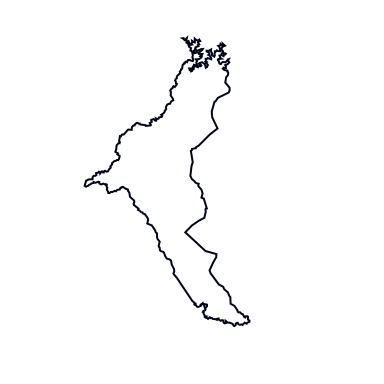 Jardim, Mato Grosso do Sul, Brazil, rotated 244°
{"feature_id": "56859067B9427285142105", "entity_name": "Jardim", "entity_type": "district", "adm_level": 2, "iso_a3": "BRA", "parent_name": "Brazil", "parent_adm1": "Mato Grosso do Sul", "projection": "albers", "projection_center": [-56.285, -21.608], "detail": "fine", "context": "isolated", "style": "outline", "palette": "ink", "viewbox_px": 384, "rotation_deg": 244, "n_neighbors": 0, "source": "geoboundaries", "source_scale": "gbopen_adm2", "svg_char_len": 6082}
<svg xmlns="http://www.w3.org/2000/svg" viewBox="0 0 384 384"><g transform="rotate(244 192 192)"><path d="M282.9,276.7L284.0,276.9L284.8,276.5L285.6,277.0L287.5,274.5L289.4,273.8L289.9,274.9L288.6,276.8L290.4,277.7L291.5,277.5L291.3,279.9L292.2,282.4L293.5,282.0L294.6,282.4L295.3,283.4L295.5,282.3L294.5,280.9L293.9,278.9L295.4,276.6L295.1,275.1L294.4,274.5L294.6,273.6L295.6,273.0L298.0,273.5L299.0,273.0L299.8,273.4L299.9,274.3L298.9,276.9L300.0,276.2L302.6,276.5L302.0,278.7L300.3,279.9L301.3,280.7L301.0,282.2L301.4,283.0L302.3,282.4L303.5,280.1L304.0,281.3L305.4,281.5L307.3,280.8L308.2,281.6L309.2,283.5L309.0,285.8L312.0,284.6L310.1,283.9L310.7,282.9L312.4,282.5L311.6,281.9L311.8,279.7L310.6,280.3L306.1,279.2L307.3,277.0L308.4,276.4L307.9,275.4L308.4,274.2L307.4,273.9L306.6,272.9L304.7,272.3L303.9,271.4L306.1,269.9L307.9,270.8L310.5,270.8L311.7,271.6L311.5,269.0L312.6,267.1L311.8,266.8L310.1,268.3L309.3,268.4L308.3,268.2L308.0,266.9L307.3,267.6L303.6,268.0L302.8,267.5L305.5,264.8L305.1,263.8L305.7,262.6L303.7,262.0L302.7,262.3L303.0,261.2L299.1,262.0L298.7,261.1L297.8,260.5L297.6,258.9L301.2,259.6L304.2,258.0L304.6,255.4L304.3,254.2L302.7,255.6L301.6,255.9L301.2,255.1L302.3,252.9L301.5,252.0L303.2,250.8L303.7,249.7L303.1,247.9L301.8,247.5L301.7,246.2L300.8,245.3L300.8,244.0L302.0,244.1L302.5,243.4L304.3,243.7L302.9,246.2L305.5,249.6L304.7,250.2L304.1,252.2L306.4,252.5L307.4,253.9L309.5,253.7L308.4,256.3L308.5,258.4L309.2,259.9L310.5,258.8L311.0,259.8L310.6,260.8L311.5,261.9L313.1,258.7L314.1,258.6L315.1,263.2L315.8,264.4L316.4,262.9L316.7,257.8L315.8,257.7L315.3,256.5L315.6,255.1L316.5,254.5L317.1,255.5L318.0,255.1L318.7,258.0L319.6,257.6L320.6,258.7L320.2,261.7L321.5,261.7L321.5,263.2L323.7,262.8L324.3,263.6L324.0,265.5L325.8,265.3L325.3,264.4L326.5,262.5L328.6,261.7L325.2,260.1L325.7,259.4L327.7,258.3L326.6,258.0L325.5,256.4L324.5,256.7L324.7,255.8L325.0,254.9L329.2,255.0L329.1,253.9L330.3,253.6L328.8,252.4L327.3,253.5L324.0,253.0L321.7,254.2L319.9,252.6L319.2,253.3L317.3,253.4L314.2,252.6L313.2,251.5L310.1,251.1L309.3,250.1L311.9,247.3L312.3,246.2L310.9,244.5L311.7,244.1L312.0,243.2L310.8,242.0L311.2,241.3L310.5,240.6L310.5,239.5L307.1,237.1L307.1,235.9L306.4,235.6L305.5,233.8L304.2,233.7L302.9,229.8L302.2,228.8L300.9,228.2L300.6,226.8L299.7,225.7L298.6,225.9L296.6,225.2L295.8,225.8L295.2,225.1L293.9,222.6L295.2,221.7L294.7,220.7L293.7,219.9L293.9,219.0L292.9,217.0L291.3,216.9L288.1,215.2L284.3,215.7L282.7,215.4L282.6,213.2L280.9,210.8L281.4,209.7L281.4,207.9L279.7,205.7L277.8,205.2L277.0,203.1L276.2,202.8L275.2,200.8L274.9,198.2L273.6,198.7L272.8,197.8L273.5,195.0L272.6,194.1L272.8,192.7L273.8,192.0L272.5,191.8L271.8,190.9L272.3,190.2L274.4,189.6L274.6,186.8L272.7,186.6L272.5,184.2L270.3,184.5L270.0,183.8L271.7,179.4L272.5,179.5L275.4,175.0L276.3,175.1L276.8,174.0L277.9,173.4L278.4,172.5L277.7,170.2L277.0,169.7L277.5,168.5L276.7,166.5L274.3,165.0L276.1,162.0L273.6,155.8L274.3,154.1L273.2,152.5L273.8,151.8L269.8,148.8L268.6,149.1L267.6,148.3L268.1,147.6L267.0,144.7L263.9,142.8L261.7,140.7L259.5,142.3L258.7,142.3L258.4,141.5L255.9,142.8L253.5,140.6L253.0,139.6L253.7,138.6L253.4,137.5L253.8,135.6L253.0,132.8L251.9,132.4L250.7,129.8L249.5,129.6L248.9,127.6L247.4,125.5L247.7,124.1L249.2,123.0L249.0,122.0L248.2,121.2L249.1,120.0L249.8,120.4L250.2,119.6L249.0,117.6L250.1,117.9L251.0,117.3L250.5,116.4L251.1,114.0L249.2,113.5L248.9,112.4L249.6,110.6L249.1,109.4L247.1,108.2L248.7,104.3L248.4,103.0L248.7,101.9L244.6,98.2L243.3,99.0L243.1,101.3L243.6,102.6L243.4,104.2L243.8,105.3L243.3,107.4L244.1,107.9L242.7,109.1L242.2,112.4L241.7,113.1L240.5,112.5L239.2,113.0L238.5,114.1L238.3,116.2L236.2,117.5L236.7,118.2L236.0,118.7L234.1,117.5L233.0,117.8L231.6,116.5L229.0,116.7L227.9,116.3L227.2,117.4L227.6,119.1L226.9,120.5L226.9,123.1L226.0,123.9L226.7,125.8L225.9,128.2L227.2,129.6L226.7,130.6L227.2,131.3L226.9,132.2L223.9,133.9L222.3,135.5L221.0,135.0L218.9,135.4L214.8,134.1L209.8,136.2L208.4,135.9L207.0,134.3L205.6,134.2L200.5,136.6L199.6,135.6L198.2,136.8L196.2,137.4L195.4,138.5L194.1,138.6L193.0,139.8L189.2,140.6L186.6,140.6L183.2,138.0L179.5,141.3L174.0,142.0L171.4,141.8L170.2,142.4L166.6,140.7L164.7,140.5L161.5,141.2L158.3,138.5L157.3,138.2L156.5,138.6L153.7,137.7L152.5,138.1L151.0,139.8L149.8,140.2L146.1,139.8L143.2,140.1L141.6,142.0L139.6,143.1L135.8,142.0L130.3,142.0L128.4,141.2L127.0,139.7L126.1,139.6L121.2,140.8L94.0,144.5L91.2,145.7L90.4,145.1L89.9,146.0L89.2,145.2L88.2,146.1L86.8,146.2L85.9,147.2L85.9,150.3L86.9,150.4L87.4,152.9L86.3,152.6L84.8,153.3L86.0,153.8L84.2,156.1L82.8,155.4L81.9,153.5L82.5,152.8L80.6,152.6L79.9,151.8L80.1,150.2L79.4,149.2L78.7,149.7L77.6,149.1L74.7,149.3L74.1,150.1L74.0,148.8L73.0,149.2L72.0,150.4L70.9,150.8L71.6,153.1L70.5,153.4L70.1,154.7L68.8,155.0L67.2,157.6L66.2,158.3L67.0,159.0L66.7,160.4L65.6,160.1L63.6,161.4L63.7,162.8L62.9,163.7L60.7,163.2L59.6,163.8L59.4,165.1L61.3,165.8L58.9,166.9L58.0,168.6L55.7,170.7L53.6,170.8L52.9,171.4L53.4,173.1L54.6,173.6L54.7,174.7L54.4,175.8L53.0,175.6L51.6,176.8L51.2,178.8L50.3,179.2L51.5,182.0L49.7,183.5L50.3,184.4L50.1,186.6L51.2,187.3L52.7,186.4L55.4,187.6L56.3,186.9L56.7,185.7L55.9,184.8L56.6,184.2L59.9,184.1L60.7,183.2L63.0,182.3L63.4,181.0L64.5,180.6L65.6,181.0L71.1,180.2L74.6,177.7L80.8,180.4L81.9,180.0L86.1,180.2L90.6,178.3L93.1,178.5L97.1,175.6L110.7,173.1L113.8,173.4L119.2,179.9L122.8,185.2L125.5,186.7L133.1,178.2L158.7,168.3L161.9,177.0L163.2,185.5L163.4,191.8L168.2,195.7L170.1,196.3L171.0,197.1L170.7,198.1L180.9,199.7L182.8,198.0L186.0,200.9L189.9,201.5L194.2,200.4L195.2,200.5L196.5,201.6L197.7,200.1L199.3,199.1L200.5,199.0L203.9,197.5L207.2,197.6L215.6,203.0L218.4,205.7L229.4,209.0L229.6,210.0L230.7,210.9L229.7,214.6L230.5,215.4L230.7,218.2L235.8,233.0L237.9,242.8L250.2,242.9L255.7,245.0L263.2,251.8L263.2,253.0L265.3,256.6L265.3,268.6L266.8,270.4L269.3,271.5L275.8,269.9L280.2,273.0L281.1,275.2L282.9,276.7ZM331.3,253.5L332.0,254.4L332.7,254.9L332.1,253.1L332.4,251.7L331.6,252.0L331.3,253.5ZM334.3,250.9L333.2,251.7L334.0,251.9L334.3,250.9Z" fill="none" stroke="#020617" stroke-width="2"/></g></svg>